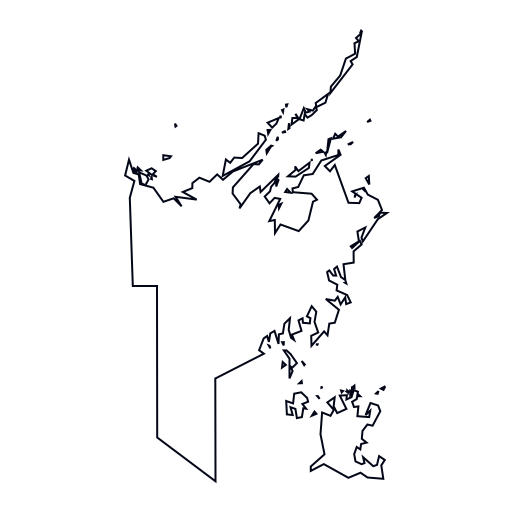 East Arnhem, Northern Territory, Australia (Natural Earth projection)
{"feature_id": "25037944B47305351718046", "entity_name": "East Arnhem", "entity_type": "district", "adm_level": 2, "iso_a3": "AUS", "parent_name": "Australia", "parent_adm1": "Northern Territory", "projection": "natural_earth1", "projection_center": [136.298, -12.677], "detail": "fine", "context": "isolated", "style": "outline", "palette": "ink", "viewbox_px": 512, "rotation_deg": 0, "n_neighbors": 0, "source": "geoboundaries", "source_scale": "gbopen_adm2", "svg_char_len": 6170}
<svg xmlns="http://www.w3.org/2000/svg" viewBox="0 0 512 512"><path d="M263.9,353.7L259.1,350.2L263.7,338.4L267.1,336.0L268.9,341.9L270.3,333.4L274.5,330.9L278.5,343.9L278.9,334.3L282.9,333.4L284.4,323.7L290.0,318.2L288.7,329.9L291.1,337.9L294.1,340.0L291.9,334.6L301.5,330.9L298.5,320.4L302.6,318.3L302.9,322.8L309.8,323.4L310.4,318.1L306.9,316.4L311.7,306.2L316.3,311.7L314.5,321.9L318.2,332.5L311.2,335.8L311.5,345.8L324.1,331.4L327.5,335.3L329.3,323.6L334.8,322.7L338.9,309.8L325.8,299.0L334.8,300.7L337.7,296.9L340.6,304.4L345.2,297.4L346.2,304.1L350.7,302.4L347.2,295.1L336.6,290.4L337.3,284.7L329.1,280.5L327.1,272.1L329.3,270.4L333.1,275.5L336.1,275.6L334.1,269.0L337.0,266.6L341.0,277.1L345.3,280.0L343.5,264.2L353.7,262.6L353.6,251.3L361.6,244.5L359.9,240.9L352.1,248.0L350.8,246.3L358.9,241.3L357.4,231.5L365.3,227.5L361.5,237.5L362.8,241.5L377.9,219.1L386.9,213.0L380.1,212.7L378.8,216.1L374.2,218.0L382.0,210.0L377.9,199.8L367.8,194.6L363.9,187.7L352.2,191.4L361.6,197.8L359.3,203.1L348.5,202.8L334.8,165.0L330.0,171.3L324.8,166.0L340.6,154.8L338.4,149.5L338.3,155.0L321.3,160.5L312.7,174.0L303.8,175.3L298.2,187.0L292.5,188.4L292.8,192.2L311.6,193.7L317.0,199.7L313.0,201.7L308.4,220.5L298.7,231.1L280.5,224.5L275.0,233.1L274.8,220.0L269.3,221.1L280.2,198.9L274.6,197.9L269.5,203.3L264.7,196.5L270.0,191.4L271.1,186.8L274.4,183.0L276.3,178.0L278.2,176.5L278.3,174.7L260.6,192.0L259.8,186.5L250.3,193.2L239.5,208.4L240.7,204.4L232.6,193.5L232.9,187.4L253.5,164.1L258.8,164.4L262.7,159.7L232.9,171.5L223.0,179.8L217.2,174.4L209.5,181.8L199.4,177.7L192.4,183.1L192.3,188.1L182.8,192.0L196.7,199.6L175.6,196.8L181.6,206.3L173.7,198.3L163.4,201.8L153.4,187.7L140.1,184.1L138.7,174.5L133.4,172.9L129.0,159.7L125.1,175.5L134.4,180.9L129.8,197.8L132.8,286.0L157.0,286.0L157.2,437.5L215.5,481.3L215.3,378.5L263.9,353.7ZM365.6,191.7L362.4,188.5L363.6,188.1L365.6,191.7ZM322.1,412.5L320.5,434.3L324.5,454.3L310.8,466.5L310.8,470.9L323.8,464.1L348.4,477.8L360.5,472.7L367.5,477.5L383.3,478.8L381.3,465.3L384.8,460.0L379.1,456.1L377.0,464.9L373.3,466.2L363.1,457.2L364.5,463.1L361.6,464.2L355.5,461.4L354.2,454.2L356.7,447.0L360.3,449.4L361.1,444.0L366.6,442.6L361.8,438.8L362.5,430.9L367.4,424.5L372.6,425.7L380.3,411.2L378.1,405.5L370.5,403.0L365.6,415.0L370.2,410.7L369.2,417.1L357.4,416.2L358.4,406.4L354.0,407.0L352.1,401.8L356.7,399.1L357.9,391.7L353.7,390.2L351.5,397.2L346.4,399.5L346.9,395.2L339.8,395.6L346.4,408.9L337.2,413.1L334.7,408.3L330.5,415.8L322.1,412.5ZM225.9,159.5L222.7,175.9L249.6,161.3L265.9,139.7L264.7,135.7L258.6,133.2L258.0,143.7L242.1,158.0L234.2,157.6L230.2,162.8L225.9,159.5ZM295.4,408.9L296.9,418.1L301.9,417.1L303.3,408.3L306.1,408.7L302.4,404.0L308.1,401.7L307.1,397.9L301.2,392.3L294.2,393.7L293.1,403.4L286.2,401.0L286.9,414.4L292.7,415.0L290.5,407.2L295.4,408.9ZM330.9,86.6L330.4,93.1L352.6,64.4L350.6,61.1L356.8,57.0L361.5,33.1L356.0,38.0L358.8,41.2L354.5,43.2L355.1,53.7L345.9,58.6L340.2,75.5L330.9,86.6ZM309.5,111.6L305.7,112.6L303.8,108.2L299.9,118.1L292.4,118.0L291.5,124.6L299.1,119.1L303.6,120.5L304.7,114.1L307.5,117.6L311.7,115.1L316.8,110.1L315.9,106.2L312.8,110.6L307.4,109.2L309.5,111.6ZM295.5,170.0L288.0,176.3L295.6,176.6L308.9,167.9L309.5,162.7L298.4,171.1L295.1,166.4L295.5,170.0ZM289.5,358.7L289.5,378.4L292.6,371.0L289.6,365.7L292.3,367.7L296.9,363.1L290.6,354.1L286.5,350.4L283.8,350.4L289.5,358.7ZM272.2,127.6L276.4,123.6L278.8,118.0L267.6,122.7L272.2,127.6ZM148.6,179.4L146.4,175.5L139.1,172.3L141.6,183.4L145.4,185.2L148.6,179.4ZM334.7,397.3L327.3,402.4L333.3,409.3L334.7,397.3ZM316.4,107.1L325.4,102.7L328.1,93.9L315.7,103.0L316.4,107.1ZM146.3,170.7L152.0,175.1L155.8,171.1L151.6,168.3L146.3,170.7ZM333.1,138.7L341.0,137.3L346.0,131.0L338.0,136.6L335.2,133.8L333.1,138.7ZM328.5,139.2L327.0,153.2L330.9,138.3L328.5,139.2ZM163.3,159.9L169.5,158.1L171.0,156.3L163.3,155.2L163.3,159.9ZM365.7,178.2L369.3,184.5L368.8,176.0L365.7,178.2ZM323.2,151.8L320.7,149.7L315.7,153.2L323.2,151.8ZM290.6,192.7L287.1,189.0L285.2,192.0L290.6,192.7ZM311.9,415.7L316.4,413.8L314.5,411.6L311.9,415.7ZM267.6,130.0L268.2,133.9L270.4,129.9L267.6,130.0ZM140.9,170.4L137.7,167.4L137.0,170.1L140.9,170.4ZM266.8,153.3L270.8,146.8L272.1,145.9L271.1,145.6L266.3,149.9L266.8,153.3ZM289.5,128.2L289.0,123.2L288.3,129.0L289.5,128.2ZM276.2,186.5L278.5,180.1L277.2,178.8L276.1,180.3L276.2,186.5ZM282.7,362.0L282.0,367.6L285.8,364.9L282.7,362.0ZM137.3,172.6L135.1,169.5L134.9,168.8L134.0,168.1L133.2,170.4L137.3,172.6ZM154.1,175.8L156.9,176.8L154.3,175.2L154.1,175.8ZM301.6,381.1L299.3,383.3L301.9,383.2L301.6,381.1ZM350.3,390.5L350.3,394.7L352.3,391.2L350.3,390.5ZM301.7,361.0L304.2,365.2L304.8,364.5L301.7,361.0ZM380.9,388.6L383.5,389.9L384.9,387.1L384.6,386.6L380.9,388.6ZM324.8,153.1L325.8,155.0L326.3,152.2L324.8,153.1ZM278.6,204.9L279.0,208.3L281.3,203.7L278.6,204.9ZM281.9,132.6L285.1,132.1L284.8,131.2L281.9,132.6ZM151.6,176.2L151.1,178.9L151.9,179.2L151.6,176.2ZM297.5,116.8L295.4,113.8L297.2,117.5L297.5,116.8ZM369.9,119.7L367.2,122.0L370.4,120.8L369.9,119.7ZM341.1,390.5L341.7,392.4L343.0,391.0L341.1,390.5ZM355.7,194.8L355.0,195.3L354.6,197.5L355.7,194.8ZM286.0,104.6L286.3,107.3L287.3,104.4L286.0,104.6ZM175.0,123.6L175.5,126.6L176.5,125.9L175.0,123.6ZM353.1,142.0L347.8,144.4L350.7,144.2L353.1,142.0ZM283.7,345.4L283.8,342.1L282.1,342.2L283.7,345.4ZM282.0,110.1L283.0,112.1L283.4,109.5L282.0,110.1ZM319.6,398.9L317.9,396.1L317.2,396.1L319.6,398.9ZM321.5,386.2L321.4,387.8L321.9,387.6L321.5,386.2ZM361.1,30.7L360.0,33.4L361.8,31.4L361.1,30.7ZM278.0,139.3L277.8,136.8L276.3,140.8L278.0,139.3ZM377.6,393.8L378.5,391.1L376.0,393.5L377.6,393.8ZM346.4,391.4L347.7,392.5L347.4,390.9L346.4,391.4ZM270.4,348.4L269.5,345.7L268.7,345.4L270.4,348.4ZM148.3,173.5L148.2,175.0L148.8,175.3L148.3,173.5ZM280.3,115.7L280.3,118.3L280.9,116.9L280.3,115.7ZM311.7,160.1L312.1,160.9L311.7,158.8L311.7,160.1ZM352.7,387.0L354.5,388.0L354.4,385.6L352.7,387.0ZM360.2,396.2L358.8,394.9L358.2,396.2L360.2,396.2ZM349.0,391.8L347.8,390.9L348.2,392.0L349.0,391.8ZM344.8,282.6L346.3,283.5L345.9,282.1L344.8,282.6ZM352.9,388.8L352.0,388.1L352.0,389.6L352.9,388.8ZM316.0,344.3L317.4,344.8L317.6,344.3L316.0,344.3Z" fill="none" stroke="#020617" stroke-width="2"/></svg>